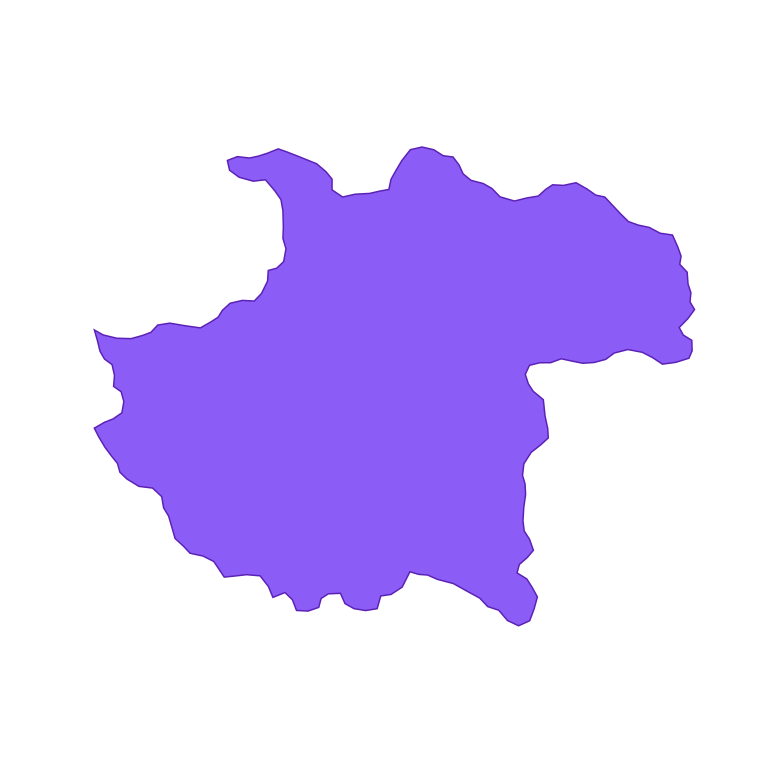 Dores do Turvo, Minas Gerais, Brazil, rotated 282°
{"feature_id": "56859067B44427831669894", "entity_name": "Dores do Turvo", "entity_type": "district", "adm_level": 2, "iso_a3": "BRA", "parent_name": "Brazil", "parent_adm1": "Minas Gerais", "projection": "albers", "projection_center": [-43.164, -21.023], "detail": "fine", "context": "isolated", "style": "filled", "palette": "violet", "viewbox_px": 768, "rotation_deg": 282, "n_neighbors": 0, "source": "geoboundaries", "source_scale": "gbopen_adm2", "svg_char_len": 2519}
<svg xmlns="http://www.w3.org/2000/svg" viewBox="0 0 768 768"><g transform="rotate(282 384 384)"><path d="M175.5,565.9L182.7,575.7L195.3,577.6L207.6,578.3L215.8,571.3L223.0,564.2L226.9,553.4L235.6,553.9L244.0,560.2L252.4,564.7L262.3,558.7L269.4,551.7L279.0,548.4L292.1,546.4L305.3,545.5L315.7,542.7L323.4,538.5L335.0,537.4L347.8,542.2L357.4,550.2L365.4,555.9L374.5,553.4L386.1,548.2L401.8,543.1L407.9,531.4L414.1,525.2L422.8,520.2L432.5,522.4L437.1,531.8L439.5,542.6L445.5,552.1L445.5,562.9L445.6,574.0L448.7,585.0L454.2,595.8L462.2,602.8L468.4,615.4L468.7,630.0L465.6,641.4L461.3,652.2L465.8,664.8L472.6,676.9L480.5,678.5L490.7,676.0L494.1,666.6L500.6,661.0L511.2,667.7L521.4,672.3L527.9,666.3L537.1,665.2L545.0,660.6L556.4,657.3L562.6,648.4L570.8,648.0L579.1,642.9L589.7,635.2L588.9,622.6L592.3,610.9L592.3,599.5L593.7,589.3L599.7,579.9L607.2,569.1L612.8,561.1L612.8,551.8L616.9,542.2L620.8,530.0L615.6,518.3L613.9,507.5L608.1,501.8L599.9,495.8L595.8,485.3L590.1,473.6L591.2,458.6L597.7,448.9L600.7,439.4L601.3,426.8L605.9,417.8L613.9,411.8L620.4,404.3L619.6,394.4L623.5,384.0L623.7,371.9L618.7,361.1L606.1,354.9L595.0,351.2L585.7,348.3L575.3,348.3L571.7,339.5L567.5,330.5L563.6,316.2L558.3,304.7L563.1,292.8L573.6,290.6L579.6,283.1L585.4,272.3L588.5,254.8L590.8,240.8L592.0,231.7L585.5,222.0L580.7,213.6L577.1,205.5L575.9,193.3L570.1,184.3L561.0,188.5L556.1,199.3L555.2,213.9L559.1,225.6L550.3,237.0L542.9,244.9L532.5,249.1L516.6,252.9L505.3,254.9L495.9,260.0L482.8,260.4L474.9,254.9L471.0,247.2L460.4,248.7L447.2,245.4L438.2,239.9L436.3,228.0L431.0,216.7L422.5,210.6L414.9,207.9L408.8,201.8L400.7,192.7L399.6,176.8L399.0,161.8L394.6,150.4L386.1,145.3L381.1,137.4L375.8,127.2L373.2,113.1L373.6,99.0L376.6,89.5L366.6,94.8L357.0,99.4L350.3,105.4L346.4,114.0L336.3,118.6L325.4,120.0L321.8,128.5L312.7,133.2L301.3,133.6L293.4,126.1L288.5,118.6L280.6,109.8L273.2,115.8L264.0,124.3L257.0,132.3L250.9,139.8L242.8,144.0L237.7,152.1L232.9,165.6L234.1,179.2L227.6,190.0L217.0,194.2L210.0,200.8L198.8,206.8L189.4,211.8L183.7,221.5L178.1,229.5L178.1,242.7L175.0,254.4L169.2,260.4L161.9,267.9L165.3,278.4L168.9,289.2L170.6,302.7L161.9,313.0L152.2,319.7L159.4,330.5L153.9,339.3L144.3,345.5L146.1,356.9L151.9,366.6L161.1,367.1L167.2,373.2L170.2,384.9L161.1,391.5L158.0,401.4L158.6,413.2L162.8,424.0L176.0,424.9L179.6,434.6L189.1,444.0L205.7,448.4L205.0,457.7L206.2,466.3L204.0,476.9L203.2,493.4L198.4,508.9L194.5,522.1L187.8,531.8L186.6,543.2L178.3,554.0L175.5,565.9Z" fill="#8b5cf6" stroke="#5b21b6" stroke-width="1.5"/></g></svg>